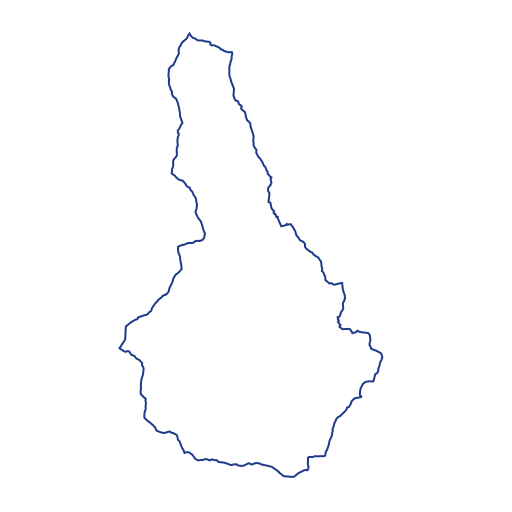 Poiana Teiului, Neamt, Romania, rotated 93°
{"feature_id": "2599482B87043149712701", "entity_name": "Poiana Teiului", "entity_type": "district", "adm_level": 2, "iso_a3": "ROU", "parent_name": "Romania", "parent_adm1": "Neamt", "projection": "robinson", "projection_center": [25.888, 47.126], "detail": "fine", "context": "isolated", "style": "outline", "palette": "blue", "viewbox_px": 512, "rotation_deg": 93, "n_neighbors": 0, "source": "geoboundaries", "source_scale": "gbopen_adm2", "svg_char_len": 6099}
<svg xmlns="http://www.w3.org/2000/svg" viewBox="0 0 512 512"><g transform="rotate(93 256 256)"><path d="M355.3,387.5L357.9,383.0L358.3,382.0L358.5,381.0L357.7,379.7L358.0,377.7L358.4,377.3L361.2,375.3L362.0,372.7L362.5,371.8L364.7,370.1L365.9,367.1L369.1,364.0L371.0,364.1L373.2,362.7L374.5,362.3L380.6,362.7L384.8,363.9L388.2,364.2L393.1,364.1L394.0,363.9L397.5,364.2L400.2,363.7L401.2,362.4L402.2,361.5L404.3,358.7L405.9,358.9L408.6,358.2L412.4,358.4L413.7,358.1L415.8,358.4L417.1,358.9L420.1,359.2L423.2,359.1L425.9,356.2L428.3,352.5L429.6,351.1L429.9,350.4L432.8,347.6L435.6,346.2L437.2,341.4L437.6,338.5L435.9,333.6L435.9,332.5L436.8,331.7L437.1,329.5L438.6,326.3L439.7,325.3L443.6,324.3L444.9,322.8L451.3,319.9L453.7,318.2L456.4,317.1L455.9,316.4L455.5,314.9L455.6,312.9L456.0,311.9L457.0,310.5L457.3,309.8L458.9,308.2L461.7,306.1L462.9,303.7L463.1,302.1L462.6,300.8L462.4,298.0L461.7,296.7L461.4,295.4L461.9,293.2L462.4,291.6L462.4,291.1L461.7,290.0L461.5,289.0L462.1,285.9L462.0,284.5L463.2,283.3L463.7,282.2L464.0,277.1L465.0,273.4L466.1,270.2L466.0,269.2L465.3,267.7L465.0,264.5L466.1,263.1L466.4,259.2L466.0,257.4L463.8,253.3L463.3,252.1L464.5,249.4L464.2,248.6L463.5,247.6L463.3,246.5L462.7,245.3L462.9,241.7L463.8,240.0L465.4,230.4L465.9,228.9L468.9,224.0L470.3,222.1L471.1,221.5L474.4,216.9L474.7,207.8L474.3,206.3L470.5,202.1L467.6,197.0L467.1,195.3L467.3,193.7L467.1,193.3L464.9,192.6L463.6,192.6L461.4,193.3L454.7,193.5L453.8,192.4L453.8,188.9L452.8,186.5L452.9,184.0L452.5,181.5L452.4,177.9L451.9,176.7L451.4,176.4L447.5,176.0L446.6,175.2L441.9,173.7L436.5,172.8L431.4,170.8L428.4,170.6L427.0,170.2L425.0,170.5L420.8,169.2L419.2,169.2L417.7,168.3L414.2,167.1L412.6,165.6L411.5,163.7L406.1,158.7L404.6,157.6L402.6,157.1L401.9,155.4L401.5,155.0L399.3,153.9L395.8,152.8L393.0,150.1L391.4,143.8L391.2,143.6L390.6,143.6L389.6,144.7L388.8,145.1L384.8,144.9L382.8,144.6L378.5,142.7L377.5,141.9L376.0,139.9L375.5,138.2L375.2,136.0L375.1,132.4L373.4,131.8L367.9,130.8L366.5,128.8L364.2,127.9L362.2,127.9L358.2,126.8L355.2,126.3L353.1,125.2L350.6,124.5L347.9,125.4L346.4,126.3L343.9,132.0L343.0,135.2L342.3,136.4L340.8,136.6L339.6,137.6L338.8,138.0L336.6,137.9L334.4,137.3L329.8,138.0L328.7,138.5L327.2,139.8L326.9,141.8L326.7,146.0L326.0,150.0L325.3,150.8L327.1,152.7L327.4,153.2L327.5,154.8L328.0,155.7L325.6,157.1L324.2,158.4L323.9,159.7L324.6,165.8L322.3,168.9L320.5,168.1L320.3,168.5L317.7,170.4L316.9,170.1L316.9,170.6L315.6,170.1L314.6,171.0L313.6,170.7L313.3,171.2L312.8,171.2L312.9,170.4L311.4,169.0L307.7,168.2L306.3,167.1L303.9,166.2L302.5,166.2L300.2,166.7L298.6,166.7L297.7,166.5L296.5,165.6L295.4,165.5L293.9,164.9L290.1,165.4L286.8,166.9L284.8,167.5L278.5,168.6L279.0,171.4L280.4,175.6L280.5,177.1L279.1,179.4L279.6,181.3L276.9,184.8L276.4,185.4L273.6,185.7L269.4,187.6L268.3,188.4L267.7,189.4L265.2,189.2L263.2,189.9L258.0,190.8L255.9,192.7L254.4,193.5L252.3,197.5L251.4,198.7L249.6,200.1L248.9,202.0L246.2,206.0L244.5,207.4L243.5,207.7L241.9,207.6L241.2,207.9L239.7,209.1L239.0,210.2L237.9,213.0L235.2,214.8L233.9,216.2L233.0,216.8L228.7,218.3L227.5,219.3L225.0,220.7L224.2,221.7L222.7,222.7L222.5,223.0L222.4,223.6L222.9,224.9L222.7,225.6L223.2,226.4L223.2,226.7L222.6,227.0L223.7,227.9L225.0,232.3L217.5,236.1L215.8,236.4L215.9,237.8L213.9,238.4L213.4,239.1L212.8,239.2L212.4,240.3L212.1,240.7L210.2,240.4L208.5,242.3L207.1,243.1L202.0,244.5L201.4,246.4L193.3,245.8L192.3,246.0L190.5,247.3L187.9,247.5L186.4,246.9L184.6,245.3L184.4,245.4L182.3,244.4L178.0,245.5L176.7,244.7L175.7,246.2L173.2,248.7L171.6,248.6L169.6,250.2L168.9,250.3L166.3,251.6L165.5,252.8L162.0,254.5L158.0,257.4L157.0,258.8L153.0,261.1L150.0,261.1L148.0,262.9L145.9,264.1L142.5,264.4L141.5,264.8L137.4,264.6L135.8,264.8L126.4,268.4L124.6,268.4L123.9,268.7L122.5,269.8L121.0,271.9L117.5,273.4L113.9,274.2L112.8,274.7L110.2,278.2L109.1,278.3L108.8,278.6L107.7,278.1L106.8,278.4L105.0,281.2L102.9,281.7L102.0,283.1L102.0,284.0L101.3,284.8L100.3,285.5L99.0,286.0L98.1,286.5L96.9,286.9L90.4,286.7L85.2,288.9L83.6,289.8L79.8,290.9L77.9,291.8L76.6,292.1L67.6,292.5L66.8,292.0L62.5,291.4L61.1,290.8L57.2,290.7L56.0,290.2L53.6,290.8L54.0,294.0L53.1,298.3L51.7,300.3L51.5,301.9L50.3,303.0L49.2,304.7L49.0,305.8L47.7,309.1L48.0,311.5L46.9,312.8L45.3,312.7L44.5,314.1L44.3,318.5L43.5,320.8L43.8,324.0L43.4,326.2L42.0,328.3L41.5,330.3L41.2,330.7L39.5,332.6L37.3,334.0L39.5,335.4L41.5,336.1L42.7,336.8L45.7,340.1L48.5,342.0L49.6,342.2L51.3,343.4L52.8,343.9L55.6,344.0L57.7,343.6L58.8,343.9L62.5,345.8L66.6,347.2L68.0,348.1L69.5,348.4L70.8,350.6L73.0,352.3L74.4,352.9L75.2,352.7L79.9,352.9L81.6,352.7L83.3,352.1L87.7,352.1L90.5,351.4L92.5,350.4L93.6,350.2L97.0,348.3L98.2,348.6L98.7,348.5L100.1,347.5L101.1,347.1L102.9,344.2L107.8,341.8L109.4,341.6L111.7,340.6L113.9,340.3L116.7,339.5L120.4,339.1L127.1,336.4L128.8,337.7L132.5,339.1L135.0,340.7L137.2,340.4L137.6,339.7L139.4,339.5L141.5,340.3L145.1,340.5L150.3,339.9L152.3,340.8L159.7,340.3L160.9,340.8L163.8,343.1L164.6,343.5L167.4,343.7L169.8,343.3L174.1,344.4L176.3,344.3L177.5,344.7L178.4,344.0L180.0,341.3L181.6,339.9L182.9,338.3L183.9,336.5L184.7,333.1L187.4,330.4L189.1,329.4L190.2,328.4L191.4,325.6L193.5,324.8L195.0,323.1L198.7,321.2L200.7,319.6L203.1,318.6L205.1,318.5L206.8,317.8L208.5,317.6L211.8,317.9L215.0,318.7L217.2,318.0L220.2,316.2L221.8,315.2L224.4,312.8L225.2,312.6L228.0,311.4L233.3,309.7L236.4,308.0L238.5,308.6L239.8,308.6L241.4,309.3L242.6,310.2L243.3,311.4L244.0,313.2L243.8,314.0L244.2,317.0L244.6,317.7L246.0,319.2L246.5,321.7L246.5,323.8L246.9,325.3L247.9,327.0L249.8,332.7L251.1,334.4L255.2,334.0L258.3,333.1L259.3,332.3L260.3,331.9L264.0,331.4L269.7,330.0L272.8,329.6L275.3,331.3L277.7,333.7L278.7,335.1L282.6,337.3L286.7,338.2L292.6,340.7L296.3,341.5L297.4,342.2L299.3,344.0L299.5,344.2L299.3,344.6L299.8,345.1L300.3,346.6L302.3,348.3L304.9,351.2L306.2,352.0L307.0,352.9L309.0,354.4L313.3,357.0L316.2,357.8L317.2,358.7L317.5,359.5L319.5,360.9L320.4,362.2L321.2,364.8L323.2,369.9L323.9,370.7L324.9,371.0L325.5,371.6L325.9,373.0L328.6,377.2L333.2,382.3L346.3,382.3L355.3,387.5Z" fill="none" stroke="#1e3a8a" stroke-width="2"/></g></svg>